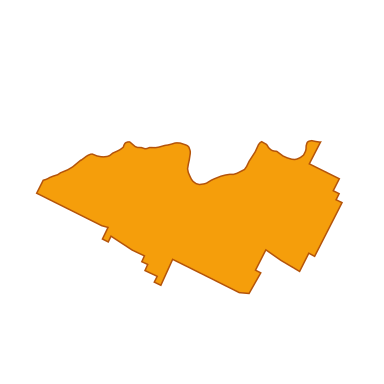 the district of Washington, Ohio, United States of America, rotated 204°
{"feature_id": "52423323B97388910931036", "entity_name": "Washington", "entity_type": "district", "adm_level": 2, "iso_a3": "USA", "parent_name": "United States of America", "parent_adm1": "Ohio", "projection": "equal_earth", "projection_center": [-81.437, 39.431], "detail": "fine", "context": "isolated", "style": "filled", "palette": "amber", "viewbox_px": 384, "rotation_deg": 204, "n_neighbors": 0, "source": "geoboundaries", "source_scale": "gbopen_adm2", "svg_char_len": 1868}
<svg xmlns="http://www.w3.org/2000/svg" viewBox="0 0 384 384"><g transform="rotate(204 192 192)"><path d="M94.9,289.9L95.4,289.6L97.2,289.1L99.8,288.4L103.5,287.6L105.7,286.1L106.5,285.1L106.8,284.4L106.9,283.4L106.5,280.7L105.3,277.6L105.0,276.1L104.9,274.9L105.1,271.1L106.6,268.3L107.5,267.0L109.5,264.8L111.3,263.5L114.2,262.5L119.0,261.9L123.5,261.9L131.1,263.6L133.7,262.8L135.6,262.5L137.3,262.7L140.2,263.7L142.4,265.3L143.5,265.8L148.8,266.3L149.8,264.9L150.5,262.4L150.6,254.3L152.3,243.4L152.5,237.5L153.2,233.9L158.5,227.4L161.2,225.0L164.7,223.5L168.5,221.0L172.0,218.2L176.9,213.2L179.1,210.7L182.4,205.9L184.3,204.3L188.3,201.8L191.7,201.3L195.4,202.1L197.9,203.5L200.6,205.8L201.7,206.8L203.4,208.4L205.5,211.4L206.8,216.5L207.5,220.0L209.2,226.2L209.9,228.0L210.8,229.3L213.1,231.7L214.8,232.4L216.1,232.5L217.7,232.4L222.7,231.9L225.9,230.7L227.6,229.7L230.1,227.5L233.3,225.0L235.6,223.6L240.7,219.4L243.3,217.7L248.8,215.4L250.8,213.4L252.5,212.4L256.3,212.0L260.0,210.5L262.5,210.4L268.8,212.3L269.6,212.3L271.0,211.6L272.5,210.2L273.0,209.2L273.2,207.3L273.0,205.1L273.3,204.4L274.2,202.7L275.2,201.1L276.9,199.0L280.2,195.3L281.9,192.0L283.1,190.7L283.9,190.0L287.1,188.1L289.6,187.2L293.4,186.3L298.4,186.1L299.7,185.5L300.3,184.9L301.7,183.5L303.0,181.7L304.1,179.7L306.3,175.8L306.6,175.8L311.3,166.3L314.5,161.8L319.9,156.1L321.7,153.2L325.2,150.1L328.1,147.1L328.8,146.0L330.6,144.0L332.7,142.2L333.4,127.7L260.7,124.5L254.3,125.5L254.7,112.6L248.2,112.3L248.0,118.7L222.9,114.6L209.5,114.3L209.5,107.9L203.0,107.8L203.0,101.1L189.5,100.8L189.8,94.3L182.5,94.1L182.3,122.6L142.7,120.9L107.9,119.3L98.6,122.5L96.3,146.1L102.2,146.4L101.2,165.3L101.0,169.2L82.9,165.7L61.4,163.2L60.4,183.6L53.8,183.1L50.6,243.3L57.2,243.5L56.9,250.3L63.5,250.6L62.8,264.0L96.3,265.4L94.9,289.9Z" fill="#f59e0b" stroke="#b45309" stroke-width="1.5"/></g></svg>